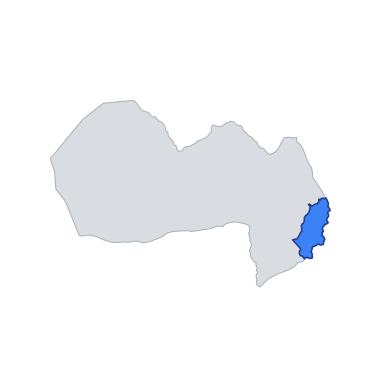 Paraguay, with Itapúa highlighted, rotated 324°
{"feature_id": "PRY-620", "entity_name": "Itapúa", "entity_type": "Department", "adm_level": 1, "iso_a3": "PRY", "parent_name": "Paraguay", "parent_adm1": "", "projection": "orthographic", "projection_center": [-55.537, -26.832], "detail": "fine", "context": "in_parent", "style": "filled", "palette": "blue", "viewbox_px": 384, "rotation_deg": 324, "n_neighbors": 0, "source": "natural_earth", "source_scale": "10m", "svg_char_len": 6192}
<svg xmlns="http://www.w3.org/2000/svg" viewBox="0 0 384 384"><g transform="rotate(324 192 192)"><path d="M199.0,93.6L199.6,95.7L200.0,97.4L201.0,98.6L201.9,100.2L202.9,101.0L203.6,102.5L203.4,104.2L203.8,106.4L204.3,108.2L204.8,108.7L206.1,109.2L206.8,110.9L206.3,111.8L206.5,112.7L207.0,113.7L206.6,114.6L206.9,115.4L207.8,116.0L208.6,118.4L208.8,122.4L207.9,124.6L207.2,126.4L207.0,127.5L207.6,129.1L206.7,131.0L205.6,133.3L205.9,134.9L206.1,136.4L206.2,137.9L206.5,139.4L206.2,141.0L205.8,142.4L205.7,144.0L206.2,145.8L205.4,147.5L204.9,148.7L204.8,149.9L205.6,151.7L207.8,152.5L209.4,152.7L211.0,151.6L212.2,151.3L214.4,152.2L216.4,153.7L219.0,153.9L221.3,154.2L223.1,154.6L225.7,154.0L228.4,154.6L231.5,155.4L234.1,156.2L236.7,156.0L238.6,155.8L240.6,154.9L242.6,155.0L244.0,153.4L244.8,152.0L245.6,151.0L247.7,150.2L249.2,150.7L250.4,153.3L252.5,154.7L253.3,155.8L254.9,156.3L258.3,156.4L260.4,156.3L262.8,157.1L264.4,157.1L265.8,158.5L267.1,160.1L267.3,163.2L268.5,165.6L270.0,166.5L270.9,168.0L270.6,170.1L269.9,172.2L270.0,174.4L270.8,176.5L270.8,178.6L271.3,180.7L272.4,182.5L272.8,185.4L272.6,187.5L273.4,188.7L273.6,190.4L273.2,191.7L273.0,193.6L273.1,195.3L273.6,196.7L275.3,198.5L275.7,201.7L275.7,203.9L276.4,206.5L277.8,207.7L280.0,208.1L282.5,208.5L285.6,207.9L288.4,207.2L289.9,206.5L292.9,204.6L295.6,203.6L297.0,202.9L298.2,202.4L300.9,203.6L303.3,205.1L305.2,207.2L308.7,209.5L308.0,210.1L306.6,212.0L306.6,214.2L307.6,217.3L306.7,224.0L303.8,234.2L302.7,240.1L303.1,241.8L302.1,244.8L298.3,251.2L298.1,255.5L297.6,268.4L296.3,277.5L294.2,284.3L292.3,287.8L290.6,288.3L289.3,289.3L288.6,291.1L287.2,292.5L285.2,293.6L284.1,294.9L283.9,296.2L281.9,297.1L278.2,297.5L276.1,298.6L275.4,300.3L274.2,301.7L272.4,302.8L271.5,304.5L271.6,307.0L270.5,309.0L268.4,310.8L266.4,310.8L264.5,309.2L262.0,308.1L258.9,307.6L256.3,308.0L254.3,309.4L252.4,311.6L250.9,314.5L249.1,315.0L247.1,313.1L244.6,312.5L241.6,313.3L239.2,313.0L237.4,311.7L234.7,311.6L231.0,312.7L223.5,311.6L212.2,308.4L202.7,307.2L191.0,308.7L190.0,305.2L190.5,303.3L192.4,301.8L193.6,300.1L194.0,298.2L195.3,296.8L197.4,295.8L198.3,294.8L197.9,293.8L198.4,292.9L199.6,292.2L200.3,290.9L200.4,289.3L200.9,288.5L201.7,287.9L201.7,286.7L201.2,283.3L201.2,280.4L201.7,278.2L202.4,276.8L202.9,276.4L203.4,275.6L203.6,274.3L204.3,273.0L208.0,270.4L209.4,268.9L209.5,267.7L210.0,265.9L212.2,262.2L212.9,260.4L212.9,259.6L213.7,258.6L216.4,256.5L217.8,254.6L218.0,252.7L217.3,250.7L215.8,248.4L210.8,242.7L207.0,240.1L202.2,238.1L199.0,237.4L197.5,238.2L195.9,237.7L194.3,235.7L191.6,234.3L186.0,232.7L173.2,226.3L168.0,223.2L166.2,221.2L161.4,217.8L153.5,212.8L147.4,210.5L143.2,210.8L136.5,209.5L127.2,206.7L121.8,203.9L120.3,200.9L116.8,198.1L111.3,195.4L108.4,193.5L108.1,192.6L106.5,191.4L103.5,190.1L100.1,187.6L96.3,184.1L92.3,178.6L87.9,171.1L83.2,166.1L78.4,163.7L76.0,162.1L76.0,161.2L75.3,160.4L75.8,158.9L77.2,152.9L79.3,144.3L81.5,135.3L84.1,124.8L83.8,117.5L83.5,109.8L87.5,103.2L90.5,98.5L93.0,94.1L95.4,86.6L97.0,81.6L103.9,80.1L115.5,77.0L121.3,75.5L133.6,72.3L146.1,69.1L159.4,68.5L172.1,68.0L182.2,73.8L189.8,78.3L198.2,83.2L198.8,84.3L199.5,88.6L199.0,93.6Z" fill="#d9dde1" stroke="#a8b0b8" stroke-width="1"/><path d="M296.7,275.4L296.6,275.6L296.7,276.2L296.7,277.5L296.3,278.5L296.2,278.6L296.2,278.8L295.9,280.6L295.8,281.1L295.5,281.5L294.7,282.5L293.9,283.1L293.5,283.6L293.3,284.1L293.3,284.6L293.4,285.0L293.5,285.5L293.5,286.2L293.4,287.0L293.1,287.6L292.8,288.1L292.5,288.3L292.3,288.2L292.2,288.0L292.0,287.9L290.8,287.9L290.2,288.1L289.7,288.5L289.4,289.1L289.1,290.5L288.9,291.0L288.6,291.4L288.2,291.9L287.8,292.1L286.5,292.2L285.9,292.4L284.2,294.2L284.0,294.7L284.3,295.9L284.3,296.5L283.8,296.9L283.2,297.0L282.1,296.9L281.7,296.8L281.2,296.5L280.6,296.3L280.0,296.3L278.7,297.0L277.4,297.2L276.9,297.3L276.4,297.7L276.0,298.2L275.6,298.7L275.5,299.4L275.4,300.7L275.1,301.2L274.5,301.3L273.7,301.2L273.2,301.3L272.9,301.7L272.8,302.4L272.6,302.9L272.2,303.1L271.5,303.3L271.5,303.8L272.1,305.0L272.2,305.4L272.3,305.7L272.2,306.0L271.9,306.6L271.9,306.8L271.9,307.1L271.9,307.5L271.7,308.2L271.2,308.7L270.7,309.0L270.0,309.1L269.2,309.7L268.3,310.8L267.3,311.6L265.7,310.8L265.0,310.6L264.6,310.4L264.4,310.1L264.0,308.9L263.6,308.4L263.1,308.2L262.4,308.2L261.8,308.3L261.6,308.3L261.1,308.3L260.5,308.2L258.7,307.5L258.1,307.4L257.4,307.3L256.7,307.7L256.2,308.1L255.2,309.2L254.6,309.5L253.9,309.7L253.2,310.1L253.1,310.7L253.2,311.5L253.1,312.2L252.8,312.8L252.3,313.4L251.8,314.2L251.4,315.1L250.9,315.8L250.1,316.0L249.2,315.7L248.4,315.0L247.7,314.2L247.2,313.4L246.1,312.1L244.4,311.8L243.7,312.0L243.5,309.9L243.7,309.5L243.7,309.4L243.8,309.2L243.7,308.8L243.6,308.6L242.6,307.7L242.3,307.3L242.2,306.8L242.3,306.1L242.7,304.9L242.9,304.4L243.2,304.1L243.4,304.0L243.6,303.7L244.3,302.9L244.6,302.8L244.8,302.7L246.1,302.5L246.4,302.0L246.4,301.0L245.3,290.0L247.3,290.5L247.5,290.6L248.3,291.2L248.7,291.5L249.1,291.6L249.6,291.6L252.7,290.3L255.0,289.1L256.6,288.5L257.5,288.4L257.9,288.2L258.1,288.0L258.3,287.1L258.5,286.8L258.7,286.5L259.1,286.2L259.4,285.8L259.7,285.4L259.9,284.7L260.1,284.4L260.7,283.5L261.1,283.2L262.4,282.7L264.3,282.4L264.8,282.2L265.2,281.9L266.4,280.5L266.9,280.1L267.1,279.9L267.4,279.3L267.6,278.9L269.2,278.2L270.4,277.9L270.9,277.8L271.4,277.8L271.8,277.9L272.2,277.9L272.7,277.8L274.6,277.1L275.0,276.8L277.3,275.0L278.4,273.9L278.7,273.7L278.8,273.4L278.9,273.1L278.9,271.7L278.9,271.4L279.0,271.2L279.0,270.9L279.0,270.6L279.3,270.5L279.8,270.7L280.7,273.6L281.2,274.1L283.2,274.0L283.8,274.1L284.0,274.1L284.3,274.2L284.9,274.5L285.8,274.7L286.1,274.9L286.5,275.2L286.7,275.3L286.9,275.3L287.0,275.2L287.2,274.9L287.3,274.8L287.5,274.6L288.4,274.5L288.7,274.4L288.9,274.3L289.1,274.2L289.3,274.0L289.4,273.9L289.8,273.1L290.0,272.9L290.1,272.7L290.3,272.6L290.6,272.5L290.7,272.8L290.6,273.4L290.6,273.6L290.9,273.9L291.1,274.0L291.3,274.0L291.4,273.9L291.6,273.8L292.0,273.5L292.2,273.4L292.4,273.3L292.8,273.3L293.3,273.4L293.7,273.6L294.3,273.9L294.4,274.0L294.5,274.1L294.6,274.3L294.6,274.6L294.6,274.8L294.6,275.0L294.8,275.2L295.1,275.3L296.6,275.4L296.7,275.4Z" fill="#3b82f6" stroke="#1e3a8a" stroke-width="1.5"/></g></svg>